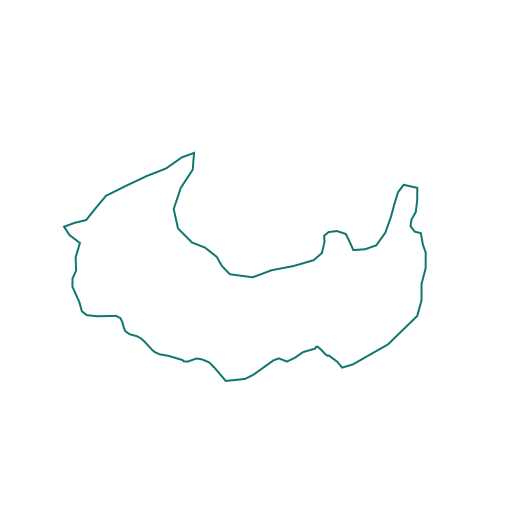 Sabirabad, Equal Earth projection, rotated 135°
{"feature_id": "AZE-1714", "entity_name": "Sabirabad", "entity_type": "District", "adm_level": 1, "iso_a3": "AZE", "parent_name": "Azerbaijan", "parent_adm1": "", "projection": "equal_earth", "projection_center": [48.677, 39.865], "detail": "fine", "context": "isolated", "style": "outline", "palette": "teal", "viewbox_px": 512, "rotation_deg": 135, "n_neighbors": 0, "source": "natural_earth", "source_scale": "10m", "svg_char_len": 1387}
<svg xmlns="http://www.w3.org/2000/svg" viewBox="0 0 512 512"><g transform="rotate(135 256 256)"><path d="M184.5,99.6L225.3,100.2L264.4,110.9L274.0,116.2L273.3,123.5L274.8,133.9L276.1,135.1L276.4,137.8L276.2,143.9L276.6,148.5L277.7,149.2L279.6,148.7L290.8,154.8L300.7,156.6L308.8,159.5L312.1,167.3L317.3,169.8L342.2,174.0L350.8,176.9L365.7,189.0L364.4,205.9L364.3,213.8L367.5,221.5L370.5,225.5L375.9,228.2L378.8,229.5L381.6,232.5L381.6,234.5L388.6,247.5L393.6,254.5L395.6,259.8L395.8,263.4L395.4,274.4L395.6,279.0L397.0,283.6L400.6,289.9L401.6,295.0L400.2,298.8L397.5,303.2L395.8,307.9L397.3,312.6L410.9,325.7L417.5,333.8L418.2,340.1L413.5,348.3L407.5,364.1L401.7,369.8L393.5,372.9L384.5,382.6L371.3,389.7L373.1,402.7L371.0,412.4L361.2,407.9L350.6,401.5L334.9,403.3L319.4,404.6L297.9,397.4L276.6,389.8L257.7,381.5L238.7,378.2L226.9,372.7L239.7,361.8L260.9,357.4L281.0,347.4L291.7,330.6L291.7,310.7L286.1,297.9L284.4,283.2L287.2,272.8L287.4,261.6L273.4,243.3L255.0,234.9L236.9,222.6L218.2,212.3L207.3,211.5L197.9,217.3L193.5,222.1L187.8,221.6L181.2,216.5L176.9,208.1L180.0,199.2L183.0,191.4L173.9,183.5L163.4,178.5L148.2,181.0L133.4,188.0L121.9,194.6L110.4,200.7L101.2,201.9L93.8,190.1L102.5,181.5L111.8,174.2L120.3,171.8L125.7,167.8L126.5,160.9L123.3,155.6L129.9,146.2L133.5,138.5L144.7,127.4L158.7,119.2L170.4,107.5L184.5,99.6Z" fill="none" stroke="#0f766e" stroke-width="2"/></g></svg>